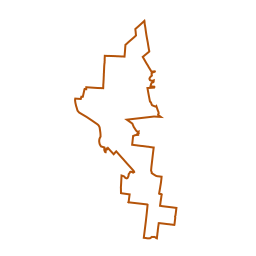 outline of Budesti, Giurgiu, Romania, rotated 95°
{"feature_id": "2599482B32121739895306", "entity_name": "Budesti", "entity_type": "district", "adm_level": 2, "iso_a3": "ROU", "parent_name": "Romania", "parent_adm1": "Giurgiu", "projection": "natural_earth1", "projection_center": [26.452, 44.251], "detail": "fine", "context": "isolated", "style": "outline", "palette": "amber", "viewbox_px": 256, "rotation_deg": 95, "n_neighbors": 0, "source": "geoboundaries", "source_scale": "gbopen_adm2", "svg_char_len": 5468}
<svg xmlns="http://www.w3.org/2000/svg" viewBox="0 0 256 256"><g transform="rotate(95 128 128)"><path d="M148.7,153.3L149.4,149.9L152.0,149.7L153.7,148.9L154.1,148.3L154.1,148.2L152.8,148.2L152.3,148.2L151.8,148.1L150.7,147.8L150.9,147.3L150.4,147.1L150.7,146.7L150.1,146.4L149.9,146.3L149.7,146.2L152.3,143.4L154.0,141.5L155.4,140.0L154.1,139.0L153.7,138.8L152.3,137.7L154.0,135.9L155.9,133.9L157.7,132.0L159.6,129.9L160.5,129.0L162.8,126.6L164.3,125.0L166.7,122.4L170.1,118.8L170.7,118.3L171.0,118.1L171.3,118.0L172.0,119.0L171.8,119.2L171.7,119.4L171.4,120.7L171.3,121.4L171.4,121.7L171.5,121.9L171.7,122.1L171.8,122.2L173.0,122.6L173.4,122.9L173.7,123.2L174.1,123.3L174.7,123.3L175.5,123.3L176.0,123.4L177.3,123.9L177.8,124.1L178.0,124.3L178.1,124.5L178.3,125.0L178.2,125.4L178.1,125.6L178.1,125.8L178.0,126.1L177.7,126.6L177.0,127.2L176.7,127.6L176.5,127.9L176.4,128.2L176.1,129.4L176.0,129.9L175.9,130.3L184.0,130.0L188.1,129.9L188.6,129.8L193.5,129.3L193.6,128.5L193.7,126.5L194.0,120.6L198.4,120.8L201.2,120.9L201.6,121.0L201.9,121.2L202.1,120.9L202.0,120.6L202.0,120.1L202.1,116.5L202.3,108.7L202.5,102.1L202.7,101.8L203.0,101.8L203.3,101.8L211.4,101.9L215.4,102.0L219.5,102.1L227.9,102.4L233.1,102.6L236.0,102.7L236.1,100.1L236.1,99.9L236.2,99.6L236.2,98.7L236.1,97.8L236.1,97.5L236.1,97.3L236.0,97.1L235.8,96.4L235.8,96.2L235.7,96.1L234.6,95.0L234.5,94.9L234.4,94.8L234.4,94.7L234.4,94.2L234.4,93.7L234.2,92.1L234.5,91.4L234.7,91.0L235.2,90.3L235.3,90.0L235.4,89.6L233.3,89.6L232.3,89.5L230.1,89.5L228.8,89.4L226.8,89.4L225.1,89.3L223.8,89.3L222.7,89.2L220.6,89.1L220.1,89.1L220.0,88.4L220.0,88.0L220.1,86.9L220.1,85.7L220.3,80.1L220.3,79.1L220.3,78.1L220.4,77.5L220.4,75.7L220.5,74.6L220.5,73.4L219.9,73.3L216.1,73.2L213.2,73.1L212.3,73.4L212.1,73.4L211.6,73.3L211.2,73.1L209.1,73.0L206.2,72.9L203.4,72.8L203.2,77.5L203.0,83.9L202.9,86.8L202.7,89.3L198.4,89.1L197.1,89.0L196.7,89.0L196.3,89.0L195.7,88.9L195.1,88.9L194.0,88.8L193.0,88.8L191.2,88.6L191.0,88.8L190.9,89.3L190.9,91.0L190.7,91.3L189.4,91.2L187.1,91.0L184.9,90.8L183.1,90.7L182.1,90.6L179.2,90.4L175.1,90.3L173.6,90.3L173.5,93.1L173.5,94.4L173.4,95.1L173.2,96.0L172.9,96.6L172.5,97.4L171.5,99.3L170.9,100.4L170.7,100.4L170.1,100.5L169.8,100.7L169.4,100.8L168.9,101.1L168.4,101.3L168.2,101.3L164.8,101.3L161.5,101.2L150.8,100.9L148.1,100.8L145.4,100.7L145.2,100.7L145.2,102.0L145.1,103.0L145.1,103.8L145.0,104.9L144.9,105.9L144.9,106.5L144.9,107.9L144.8,109.0L144.8,109.6L144.7,111.5L144.7,112.4L144.7,112.8L144.7,113.8L144.6,115.6L144.6,116.2L144.6,116.8L144.5,117.5L144.5,118.1L144.4,121.1L144.4,121.7L144.3,122.1L144.3,122.4L135.5,122.2L135.0,121.1L134.8,120.9L134.5,120.1L134.3,119.4L134.0,117.5L132.7,118.1L132.6,117.9L132.4,116.9L131.6,117.1L131.3,117.1L130.7,117.1L130.9,117.4L130.9,117.6L130.8,118.1L130.6,118.7L130.3,119.2L129.5,120.0L127.9,121.2L126.4,122.4L124.3,123.5L123.3,124.0L123.2,124.1L119.8,129.9L116.2,112.3L114.3,103.1L114.1,96.3L112.4,99.0L112.1,99.2L111.7,99.1L111.4,99.0L110.9,98.8L110.7,98.7L110.3,98.8L109.3,99.1L108.0,99.8L103.7,101.7L104.2,102.1L104.3,102.3L104.0,103.5L103.2,106.0L102.5,106.5L102.0,106.7L100.7,107.3L100.4,107.5L100.2,107.7L100.1,107.9L100.0,108.1L99.9,108.3L99.7,108.4L99.1,108.6L97.0,109.2L92.1,110.6L86.5,112.1L85.5,105.5L85.0,105.3L84.7,105.3L84.5,105.5L84.5,106.0L84.7,106.7L84.5,107.4L84.7,108.1L85.0,108.6L85.0,109.1L84.8,109.3L84.1,109.2L82.7,108.9L81.6,108.7L81.2,108.5L80.8,108.1L80.5,107.7L80.3,107.0L80.1,106.7L79.5,106.5L78.3,106.5L78.7,107.3L78.9,108.1L78.8,109.0L78.5,110.1L78.4,110.3L78.0,110.5L77.5,110.8L77.3,110.9L76.9,110.9L76.7,110.9L75.8,110.5L75.4,110.3L74.4,109.5L74.2,109.2L73.9,108.9L73.7,108.8L73.4,108.8L73.2,108.9L72.9,109.1L72.7,109.1L72.3,109.1L72.0,109.2L71.4,109.3L70.8,108.6L70.7,108.5L70.5,108.4L70.4,108.3L70.3,108.2L70.3,107.9L70.2,107.6L70.0,107.0L69.8,106.7L69.6,106.5L69.5,106.4L69.4,106.2L69.2,106.3L69.4,107.3L69.7,109.0L69.6,109.7L68.2,110.7L66.7,111.8L65.8,112.5L64.3,113.5L63.2,114.3L62.6,114.8L61.2,115.8L58.3,117.8L57.6,118.3L56.6,119.0L55.9,119.5L50.0,113.5L49.6,113.5L48.4,113.9L42.6,115.4L41.3,115.7L36.7,117.0L33.7,117.8L31.2,118.4L29.5,118.8L26.8,119.4L24.5,120.0L23.1,120.4L22.2,120.6L21.9,120.6L20.9,120.8L20.1,120.9L19.8,121.0L21.5,122.5L23.9,124.7L25.4,126.1L27.2,127.8L28.7,129.3L29.5,129.2L31.8,128.7L33.1,128.5L35.1,128.1L36.4,129.2L39.3,132.0L40.1,132.8L42.8,135.4L44.4,136.8L45.3,137.8L46.3,137.8L52.6,137.7L55.8,137.7L56.4,137.7L56.7,137.7L57.2,137.7L57.2,137.8L57.2,139.2L57.3,140.3L57.4,144.1L57.4,144.5L57.5,144.9L57.5,146.0L57.5,146.7L57.6,148.4L57.9,154.0L58.0,154.8L58.1,157.0L58.1,157.4L60.5,157.3L61.2,157.3L62.5,157.1L64.1,157.1L64.8,157.0L65.0,157.0L65.3,157.0L65.5,157.1L66.6,157.1L67.7,157.1L68.2,157.1L70.6,157.0L72.6,156.9L73.5,156.9L74.6,156.8L76.5,156.8L77.2,156.7L80.0,156.6L81.8,156.5L82.6,156.5L85.3,156.4L86.9,156.4L88.3,156.3L89.9,156.2L90.5,156.2L90.5,156.8L90.6,157.6L90.6,157.9L90.6,158.4L90.8,161.6L91.0,171.5L91.0,173.1L93.0,173.0L93.0,173.6L92.9,174.4L92.9,174.6L93.6,174.8L94.8,174.9L95.4,175.0L96.1,175.1L97.5,175.3L98.3,175.4L100.6,175.7L100.9,175.8L100.9,177.2L103.2,177.6L103.3,183.1L104.2,183.2L105.3,183.1L107.5,182.6L110.6,181.6L112.0,181.0L115.1,179.8L116.8,178.1L118.5,174.6L120.6,170.2L123.9,164.2L125.9,160.7L126.5,159.6L127.1,158.6L127.8,157.7L129.0,156.8L130.0,156.3L135.2,155.1L137.1,154.8L139.0,154.6L140.1,155.1L141.4,155.5L142.6,155.6L144.1,155.5L146.0,155.0L146.9,154.6L148.7,153.3Z" fill="none" stroke="#b45309" stroke-width="2"/></g></svg>